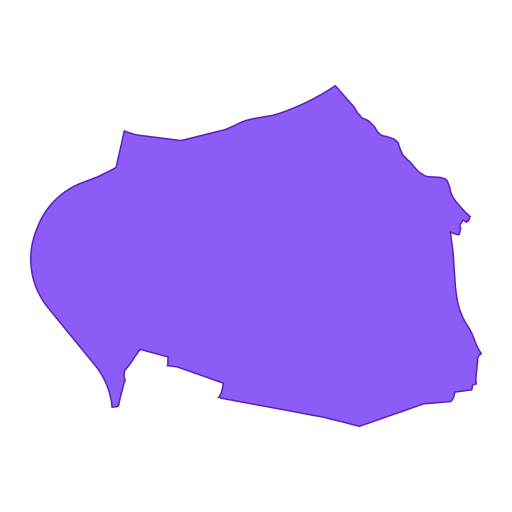 Steenbergen, Noord-Brabant, Netherlands
{"feature_id": "6326949B69485420920073", "entity_name": "Steenbergen", "entity_type": "district", "adm_level": 2, "iso_a3": "NLD", "parent_name": "Netherlands", "parent_adm1": "Noord-Brabant", "projection": "albers", "projection_center": [4.349, 51.603], "detail": "fine", "context": "isolated", "style": "filled", "palette": "violet", "viewbox_px": 512, "rotation_deg": 0, "n_neighbors": 0, "source": "geoboundaries", "source_scale": "gbopen_adm2", "svg_char_len": 5886}
<svg xmlns="http://www.w3.org/2000/svg" viewBox="0 0 512 512"><path d="M112.1,407.2L116.7,406.7L116.8,406.6L117.0,406.5L117.5,406.5L117.8,406.4L117.8,406.2L118.1,406.1L118.3,406.0L118.4,405.8L118.5,405.6L118.6,405.3L118.6,404.9L118.5,404.6L118.5,404.4L118.9,404.5L119.0,403.7L119.4,401.7L120.0,398.8L121.7,392.0L122.0,391.3L121.9,391.3L122.1,390.9L124.3,382.0L124.3,381.6L124.3,381.4L124.4,381.2L124.5,380.9L125.1,380.9L124.3,376.8L124.2,376.5L124.2,376.1L124.2,375.7L124.1,375.3L124.3,371.4L124.3,371.2L126.8,368.0L127.3,367.4L127.8,366.8L129.1,365.3L131.3,362.2L132.0,361.1L132.5,360.4L133.8,358.3L137.1,353.5L138.1,352.1L139.0,351.0L140.0,349.9L139.9,349.8L140.4,349.3L141.7,349.7L144.6,350.6L151.0,352.3L164.2,355.9L168.1,356.9L168.0,358.6L168.0,359.6L167.8,363.4L167.8,363.9L167.7,364.5L167.5,365.2L167.3,365.6L167.5,365.6L168.6,365.8L169.6,365.9L175.0,366.6L177.0,366.9L177.4,367.0L177.9,367.1L179.9,367.8L187.6,370.6L188.5,370.8L191.7,372.0L195.6,373.4L204.0,376.3L211.8,379.1L215.7,380.5L215.7,380.4L216.6,380.8L218.0,381.3L223.2,383.1L223.0,383.8L223.0,385.1L222.7,386.5L222.5,387.7L221.7,391.5L221.3,392.7L220.8,393.8L220.2,394.9L218.9,397.3L218.7,397.5L219.4,397.6L222.8,398.5L290.9,411.1L291.6,411.3L312.9,415.3L318.2,416.2L322.3,417.0L332.1,419.4L338.6,421.0L359.4,426.3L375.2,420.8L376.0,420.6L376.3,420.5L377.0,420.2L389.1,415.9L405.4,410.3L414.6,407.0L415.6,406.7L423.6,403.8L428.0,403.5L450.9,401.5L452.4,399.5L453.3,398.0L453.9,396.4L454.4,395.0L454.5,394.3L454.5,394.2L454.6,393.5L454.7,392.0L456.2,391.9L459.6,391.4L462.1,391.2L464.6,390.8L465.5,390.7L468.4,390.3L470.2,390.1L470.8,390.0L471.3,390.0L471.8,389.7L472.6,385.5L472.7,385.3L472.8,385.2L473.0,385.0L473.9,384.7L474.7,384.5L475.6,384.1L476.1,384.0L476.1,383.9L476.2,383.7L476.2,383.4L476.2,382.5L476.1,381.9L475.8,380.0L475.8,379.6L475.8,379.4L475.9,378.4L476.3,373.0L476.3,372.6L476.3,372.3L476.5,371.9L476.6,371.2L476.6,370.3L477.0,368.4L477.1,367.7L476.9,366.2L477.0,365.2L477.5,363.5L477.4,362.8L477.6,362.1L477.6,360.2L477.6,359.2L477.7,358.6L477.7,358.4L478.1,357.2L478.4,356.4L478.5,356.1L478.7,355.8L478.9,355.6L479.3,355.3L479.8,355.0L480.1,354.7L480.5,354.2L481.1,353.9L481.3,353.7L480.9,353.1L480.2,352.0L479.4,350.6L478.8,349.6L477.2,346.6L477.0,346.1L476.6,345.3L475.5,342.8L474.6,340.4L474.1,338.8L473.8,338.0L473.0,336.1L472.2,334.2L471.4,332.6L470.8,331.3L470.2,330.1L469.7,329.3L469.5,329.0L469.4,328.8L468.9,327.9L468.4,327.1L467.7,326.1L466.1,323.4L465.3,322.0L464.6,320.9L463.8,319.3L462.8,317.4L462.2,316.0L461.6,314.6L461.0,313.3L460.6,312.2L460.1,310.8L459.4,308.7L458.7,306.5L458.3,304.7L457.9,303.1L457.5,301.3L457.0,298.4L456.8,297.1L456.5,295.0L455.9,291.3L455.8,289.9L455.6,288.4L455.4,286.5L455.3,285.1L453.4,256.8L453.3,255.4L453.1,252.8L452.9,251.4L452.8,250.1L452.6,248.8L452.0,244.1L450.4,232.0L455.1,234.0L455.3,233.9L455.5,233.9L457.0,234.5L457.5,234.6L457.8,234.6L458.1,234.6L458.8,234.6L459.0,234.5L459.2,234.3L459.4,234.0L459.5,233.7L459.8,232.6L459.9,231.9L460.0,231.3L460.2,230.3L460.3,229.6L460.6,229.0L460.7,228.7L460.7,228.3L460.7,227.8L460.6,227.6L460.3,227.0L459.8,226.4L459.7,226.2L459.7,225.8L459.8,225.3L460.1,224.7L460.3,224.4L460.8,223.6L461.4,222.9L462.1,221.7L462.7,220.4L463.0,220.0L466.4,222.2L467.2,220.9L467.8,221.4L469.4,219.1L469.5,218.1L469.5,217.3L470.2,216.6L469.9,216.4L469.7,216.3L469.1,215.7L468.7,215.3L467.7,214.3L467.2,213.8L466.5,213.4L466.4,213.2L466.1,212.9L464.9,211.8L464.0,210.7L462.6,209.2L461.8,208.3L457.4,203.2L457.1,202.9L456.1,201.8L455.5,201.0L455.2,200.5L454.0,198.8L452.6,196.3L451.8,194.9L451.5,194.1L451.0,192.6L450.6,191.4L450.4,190.8L450.3,190.6L450.1,190.1L450.1,189.6L450.0,188.1L448.5,184.2L448.2,183.2L447.4,181.3L446.7,180.3L445.3,179.1L444.4,178.6L443.6,178.4L442.1,177.9L439.9,177.3L438.3,177.3L437.0,177.2L433.3,177.0L431.5,176.9L430.0,176.9L428.7,176.7L427.3,176.5L427.0,176.5L424.5,175.6L423.1,174.6L421.9,173.9L420.4,172.9L419.2,172.1L418.8,171.8L417.8,170.9L417.4,170.5L416.3,169.3L415.4,168.3L412.8,165.2L412.0,164.2L411.6,163.7L410.9,163.0L410.3,162.3L409.1,161.0L407.7,160.0L407.3,159.6L407.0,159.2L406.7,158.8L405.4,157.6L402.8,154.7L401.9,153.1L401.0,150.9L399.8,147.9L399.0,145.7L398.4,143.3L398.0,142.6L397.6,142.3L397.2,141.9L396.4,141.0L396.2,140.8L396.2,140.7L394.0,139.1L391.5,138.2L388.7,137.2L388.3,137.1L387.8,136.9L387.3,136.7L385.6,136.3L383.7,136.0L382.4,135.7L381.7,135.3L381.4,135.2L379.9,134.1L379.7,134.0L378.4,132.7L378.0,132.2L376.7,130.6L376.5,130.4L375.3,128.1L374.9,127.4L374.7,127.1L374.6,126.9L374.3,126.6L372.3,124.5L371.3,123.4L370.1,122.2L368.9,121.1L367.6,120.4L365.2,119.2L363.7,118.7L363.2,118.5L362.1,117.9L361.3,117.5L361.3,117.4L360.4,116.0L359.5,114.8L358.4,113.8L357.7,113.2L354.3,107.3L335.3,85.7L335.1,85.8L332.0,87.9L328.7,90.0L322.1,94.0L318.6,95.9L312.0,99.5L308.3,101.4L305.1,103.0L297.8,106.2L294.4,107.7L290.7,109.2L286.9,110.7L283.5,112.0L279.8,113.2L276.0,114.4L272.3,115.4L264.7,116.7L260.9,117.4L257.1,118.0L253.3,118.7L249.5,119.6L245.7,120.6L241.9,122.0L238.4,123.6L235.0,125.3L232.0,126.6L230.3,127.4L227.5,128.6L224.7,129.8L222.4,130.3L218.5,131.3L214.7,132.2L211.0,133.1L207.3,134.0L199.9,135.9L192.5,137.7L185.1,139.6L181.4,140.5L177.3,140.1L173.5,139.6L154.5,137.2L146.6,136.2L142.9,135.7L139.1,135.3L135.4,134.6L132.6,133.8L128.6,132.5L124.3,131.0L116.1,167.5L111.4,170.0L106.9,172.3L102.4,174.5L97.7,176.8L88.2,180.4L83.4,182.2L78.7,184.1L74.0,186.3L69.6,188.8L65.3,191.6L61.2,194.7L57.3,198.0L53.6,201.6L50.2,205.4L47.0,209.5L44.2,213.7L41.6,218.2L39.3,222.8L37.4,227.5L35.5,232.3L33.9,237.2L32.6,242.1L31.6,247.2L31.0,252.3L30.7,257.4L30.8,262.5L31.2,267.7L31.9,272.7L33.0,277.8L34.4,282.7L36.1,287.5L38.2,292.2L40.6,296.8L43.2,301.2L46.2,305.4L49.4,309.4L94.8,365.0L98.0,369.0L100.8,373.3L103.4,377.8L105.6,382.4L107.6,387.1L109.2,392.0L110.5,397.0L111.5,402.0L112.1,407.1L112.1,407.2Z" fill="#8b5cf6" stroke="#5b21b6" stroke-width="1.5"/></svg>